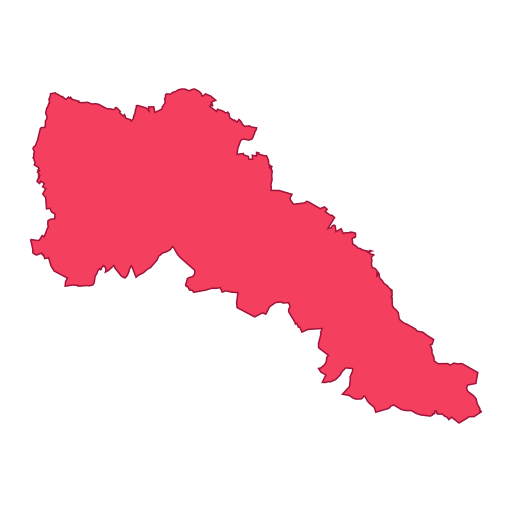 Sampués, Sucre, Colombia
{"feature_id": "7082276B86835655718123", "entity_name": "Sampués", "entity_type": "district", "adm_level": 2, "iso_a3": "COL", "parent_name": "Colombia", "parent_adm1": "Sucre", "projection": "orthographic", "projection_center": [-75.366, 9.156], "detail": "fine", "context": "isolated", "style": "filled", "palette": "rose", "viewbox_px": 512, "rotation_deg": 0, "n_neighbors": 0, "source": "geoboundaries", "source_scale": "gbopen_adm2", "svg_char_len": 5982}
<svg xmlns="http://www.w3.org/2000/svg" viewBox="0 0 512 512"><path d="M481.3,411.8L480.8,410.9L479.8,410.9L479.9,408.6L477.4,404.3L476.1,398.8L473.5,395.6L467.9,391.5L466.5,388.5L467.5,385.1L475.9,383.4L477.8,372.5L462.0,363.6L457.5,363.9L453.9,363.1L450.2,365.2L447.9,363.6L438.0,363.7L434.3,361.0L433.8,357.1L432.0,352.9L432.0,349.8L430.3,344.9L432.2,344.1L433.6,339.5L427.0,335.4L423.0,332.3L416.8,331.0L415.6,329.1L407.1,324.3L403.6,322.9L399.8,319.7L399.1,318.2L398.3,312.7L396.6,310.5L393.6,307.7L392.3,305.3L392.1,297.7L391.2,297.6L390.9,296.7L391.5,295.8L392.1,295.8L392.0,291.6L391.4,291.5L391.3,291.0L391.8,290.9L391.6,290.3L391.9,290.1L389.3,288.3L387.4,285.9L384.0,283.4L382.1,280.4L379.6,278.0L379.0,273.5L377.7,271.8L378.3,274.6L376.8,276.0L377.1,270.9L375.0,268.5L372.6,267.6L371.8,266.4L371.4,263.3L371.9,260.4L371.4,257.3L372.1,256.1L373.6,255.4L373.7,254.6L370.1,254.0L369.9,252.8L367.1,251.9L367.2,251.3L369.1,251.6L371.7,251.0L370.1,250.5L370.1,251.2L368.0,251.2L362.7,250.0L360.0,248.4L357.8,248.1L356.7,246.6L353.8,244.5L352.8,244.3L352.1,238.5L355.5,237.0L355.5,233.2L352.7,232.3L351.3,232.5L351.0,232.0L348.0,232.9L345.6,232.6L343.3,233.5L341.1,228.7L336.0,231.7L335.1,225.7L334.0,225.1L332.4,225.8L331.2,227.8L327.9,228.6L334.6,217.5L331.8,215.1L330.5,215.4L325.2,211.6L327.2,209.3L324.5,206.9L320.1,208.6L308.7,202.0L306.6,201.3L304.7,202.9L293.5,204.3L290.2,199.6L290.2,197.8L292.0,194.3L279.0,190.5L271.0,190.4L271.3,187.2L270.9,184.4L272.1,179.8L271.7,175.6L272.2,171.5L272.1,170.9L271.5,170.7L271.9,170.1L271.2,169.0L271.3,168.3L270.2,168.3L270.2,167.7L269.5,167.6L269.5,166.4L271.4,167.1L271.5,167.5L271.9,166.6L269.6,165.2L268.7,163.8L268.5,160.4L266.5,155.8L265.1,155.9L258.4,154.0L258.8,152.8L256.5,152.4L256.6,156.0L252.3,155.2L252.5,159.2L249.0,159.3L248.4,156.5L243.7,154.9L243.3,153.5L237.0,154.4L237.8,148.4L240.7,140.5L242.2,139.3L244.1,139.2L248.8,140.1L251.8,139.1L253.0,137.2L255.2,131.3L256.3,129.5L256.6,127.8L251.5,127.1L249.6,125.9L244.6,126.3L242.6,124.5L240.7,121.1L238.9,119.4L237.1,122.1L234.6,120.1L234.2,120.7L229.7,117.7L229.0,113.6L227.7,112.1L227.1,112.8L225.1,112.7L223.5,111.3L217.5,109.2L216.5,111.4L209.7,106.3L210.9,104.8L212.3,105.9L212.6,105.5L212.0,105.0L212.3,104.4L211.5,104.0L212.0,103.5L211.2,102.8L212.3,101.7L215.8,100.3L210.8,96.1L205.4,93.8L204.2,95.3L202.1,96.1L201.3,93.6L199.1,91.4L194.7,89.0L192.4,89.3L189.0,90.8L185.0,89.1L181.4,89.0L178.1,89.9L175.2,91.8L173.3,92.1L170.1,94.3L166.8,93.8L165.6,94.6L165.4,97.6L164.6,98.7L165.1,100.9L165.0,103.0L162.2,107.0L162.0,109.0L155.2,112.4L154.9,112.4L153.7,106.8L148.5,106.9L148.9,110.8L147.3,108.8L145.2,107.6L137.3,105.4L136.3,105.8L136.4,107.3L135.4,110.1L135.1,113.0L133.7,116.1L133.3,118.8L131.2,121.0L130.3,119.6L125.9,118.3L124.5,114.6L123.1,116.1L119.5,112.4L120.3,111.5L116.6,107.6L115.4,107.6L114.8,109.2L113.3,109.6L110.8,108.9L107.1,108.8L98.6,104.3L95.7,103.7L91.7,104.0L87.6,102.3L81.7,102.7L78.6,102.3L78.9,101.2L72.9,99.6L71.0,98.5L71.3,98.2L70.6,97.2L69.2,98.0L68.5,97.1L66.5,98.9L65.4,99.2L62.4,96.5L61.9,96.9L57.8,94.3L56.4,93.9L55.4,92.9L50.6,93.7L50.0,97.0L48.9,99.2L49.5,101.5L49.1,102.9L49.4,103.3L48.4,104.3L48.3,105.5L46.9,107.9L45.8,112.1L45.9,114.4L47.2,116.2L46.7,118.9L45.3,121.3L45.4,124.0L45.0,127.4L41.4,127.6L40.4,128.4L37.5,140.4L35.2,146.0L33.6,146.9L33.0,148.8L34.5,151.8L33.7,153.7L33.9,156.7L33.0,157.8L34.0,158.8L34.1,160.2L35.2,162.1L34.3,164.9L38.3,167.4L39.1,168.4L37.9,170.0L40.1,170.8L38.3,171.0L37.4,172.1L39.0,173.6L38.4,174.8L39.8,175.7L38.4,177.1L39.2,177.7L37.5,179.6L37.1,181.6L39.6,183.5L40.8,181.2L44.4,183.6L42.6,186.8L45.7,188.7L42.7,194.0L45.7,197.6L46.5,208.9L49.9,208.3L51.7,212.2L54.9,213.8L54.8,218.8L51.0,219.1L49.3,219.8L47.9,220.9L47.8,224.8L48.5,226.9L47.7,227.6L44.2,236.7L42.2,235.5L39.4,240.1L38.8,240.3L36.6,240.4L31.1,239.5L30.7,239.9L32.8,249.3L32.8,252.6L33.2,253.2L35.3,254.6L36.8,255.0L41.4,253.1L42.4,254.8L43.3,254.5L44.8,258.6L48.6,257.7L50.9,265.7L54.1,271.0L67.4,278.0L65.6,281.5L65.1,286.2L72.6,285.0L77.7,285.4L77.7,286.0L80.8,286.1L85.8,285.5L89.4,285.8L93.0,284.8L94.2,282.7L95.1,276.4L96.7,273.8L98.2,269.9L99.5,268.7L100.2,269.8L101.3,269.2L100.9,268.5L103.6,265.8L103.1,264.9L105.6,267.8L105.9,270.5L105.4,272.1L108.3,270.6L113.9,265.4L115.1,268.3L121.1,275.8L123.1,277.3L125.1,278.0L127.4,275.3L129.1,271.1L129.3,269.5L131.2,265.7L131.7,266.1L136.1,277.3L138.1,275.4L143.3,272.8L147.8,268.9L150.5,267.6L157.0,260.1L158.7,256.0L159.9,255.4L162.6,253.0L166.2,251.9L169.5,250.1L170.4,249.5L172.5,246.5L173.8,247.9L177.6,254.5L180.0,257.3L194.9,270.4L194.6,273.9L193.4,275.8L191.9,276.9L189.0,277.6L187.4,278.6L186.0,283.8L185.6,285.2L185.9,285.9L186.5,286.6L187.5,286.4L187.9,286.8L189.4,290.0L191.7,290.2L192.6,290.7L193.7,292.3L206.1,290.0L211.6,288.3L216.3,288.3L220.2,287.7L222.2,292.1L225.8,290.8L231.8,292.2L237.9,292.6L236.6,302.8L237.1,307.6L254.7,316.9L261.6,313.3L263.1,313.0L265.8,314.2L269.6,306.7L275.6,302.6L280.8,301.9L282.9,303.0L288.6,302.7L290.1,306.5L288.7,309.3L288.7,311.8L295.2,322.7L295.4,324.1L296.8,323.5L298.4,327.1L299.8,327.2L301.9,332.1L308.0,329.4L322.1,328.5L320.6,332.6L321.1,333.3L318.5,343.5L318.6,347.4L318.8,347.9L328.4,355.3L326.8,357.3L326.1,362.2L324.3,365.0L320.5,368.1L318.5,368.4L320.9,372.2L325.9,374.9L322.3,382.4L325.2,382.5L328.3,381.6L330.3,381.9L335.6,379.6L340.1,375.1L342.0,371.7L345.7,367.9L352.7,368.5L352.5,371.1L350.0,377.1L350.3,379.8L349.5,386.5L342.4,394.2L349.2,395.4L353.6,398.4L356.3,399.1L361.3,398.9L363.1,397.4L363.7,396.0L364.4,396.3L365.4,397.1L367.4,401.0L369.5,403.4L374.2,407.3L375.8,412.2L388.1,408.6L389.7,407.6L391.1,405.9L393.8,405.0L401.5,409.6L406.2,410.6L411.5,410.6L415.9,413.3L420.6,414.9L430.3,416.1L432.5,415.0L432.6,413.7L433.6,413.7L433.6,414.0L434.8,413.4L434.7,411.0L436.2,411.0L436.8,413.1L437.5,413.3L437.4,414.0L442.5,414.1L444.2,415.9L447.2,417.3L448.8,419.6L451.6,417.2L459.0,423.0L467.2,418.1L468.7,416.8L474.1,416.6L481.3,411.8Z" fill="#f43f5e" stroke="#9f1239" stroke-width="1.5"/></svg>